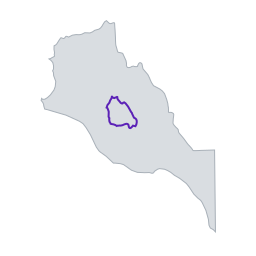 Tadla - Azilal on a map of Morocco (orthographic projection), rotated 267°
{"feature_id": "MAR-1453", "entity_name": "Tadla - Azilal", "entity_type": "Region", "adm_level": 1, "iso_a3": "MAR", "parent_name": "Morocco", "parent_adm1": "", "projection": "orthographic", "projection_center": [-6.449, 32.083], "detail": "fine", "context": "in_parent", "style": "outline", "palette": "violet", "viewbox_px": 256, "rotation_deg": 267, "n_neighbors": 0, "source": "natural_earth", "source_scale": "10m", "svg_char_len": 3317}
<svg xmlns="http://www.w3.org/2000/svg" viewBox="0 0 256 256"><g transform="rotate(267 128 128)"><path d="M22.0,207.9L23.8,205.0L26.7,203.8L32.7,203.5L41.6,201.5L49.6,198.2L51.9,196.8L54.4,194.0L58.5,190.3L66.0,185.9L69.5,183.4L74.9,177.1L78.4,171.8L81.4,168.5L83.4,165.4L84.9,162.4L85.8,157.4L85.3,155.4L83.3,152.1L81.9,151.2L81.5,149.7L82.4,147.0L82.5,142.4L83.2,135.1L85.7,129.2L91.7,121.6L92.8,118.5L93.6,113.4L93.7,111.6L101.0,104.6L105.3,99.2L106.7,97.8L110.5,95.4L123.3,90.1L130.5,86.2L134.7,83.3L137.2,80.0L144.1,66.7L150.7,47.9L151.3,45.8L154.2,45.1L156.3,44.9L158.0,44.2L160.1,42.7L162.1,43.3L161.1,44.2L161.1,46.5L162.6,49.2L165.1,52.2L169.7,56.0L173.2,57.5L178.3,58.3L184.1,56.5L187.4,56.4L189.0,55.7L190.8,56.7L194.1,56.9L197.3,56.3L199.6,54.6L201.1,52.7L201.3,53.6L201.5,54.6L201.9,55.1L203.0,57.5L203.5,58.4L205.3,58.2L207.0,58.6L210.5,58.2L214.0,58.5L214.6,60.0L215.6,61.2L219.3,63.8L221.5,65.5L221.6,66.0L221.0,67.5L220.7,68.5L221.3,69.5L222.7,70.7L222.8,71.3L222.6,72.0L221.9,73.4L223.6,77.3L224.0,81.1L223.7,83.9L223.8,85.4L224.1,86.8L225.4,89.8L224.9,95.0L225.9,97.7L227.3,99.9L228.2,104.0L229.3,105.8L231.1,107.4L232.1,108.0L234.0,109.3L235.4,110.4L236.3,112.1L234.7,113.6L233.4,114.9L233.1,116.3L233.8,118.5L233.9,119.7L233.1,120.1L229.5,120.1L226.8,120.2L223.6,120.2L219.1,120.2L216.3,120.1L212.5,120.1L211.2,120.2L207.8,121.0L205.3,121.5L204.9,121.6L204.1,122.2L203.7,123.9L203.2,125.7L202.8,126.6L195.4,129.5L192.5,129.9L190.8,129.7L189.7,129.9L188.6,130.5L188.3,131.4L188.3,132.5L188.5,133.6L189.3,135.2L189.5,136.7L189.0,137.8L188.9,138.9L188.8,140.1L189.1,140.8L189.9,140.9L190.6,141.4L191.6,141.9L192.5,142.8L192.5,144.1L191.8,144.9L191.2,145.3L188.4,145.7L186.2,146.1L183.3,148.3L180.3,150.6L176.6,152.2L175.0,152.7L172.2,153.8L168.9,155.7L167.2,158.6L165.2,161.9L163.2,164.2L160.4,166.3L157.8,167.1L154.6,168.1L150.4,169.0L147.5,169.2L146.7,169.4L144.1,169.4L142.8,169.3L141.9,169.2L141.5,169.4L141.4,170.0L141.4,171.1L141.2,172.5L140.4,173.7L139.8,174.2L139.1,174.4L137.0,174.1L135.1,173.7L130.8,173.2L130.0,173.3L129.7,173.4L128.3,174.2L126.2,175.9L124.8,177.3L123.8,178.0L121.3,178.3L120.2,178.8L115.5,182.4L114.4,183.2L109.6,186.3L108.2,187.3L107.1,188.3L104.2,190.6L102.3,191.6L102.0,192.2L101.9,193.6L101.8,196.7L101.8,199.7L101.7,204.1L101.6,208.4L101.5,213.3L19.7,209.9L22.0,207.9Z" fill="#d9dde1" stroke="#a8b0b8" stroke-width="1"/><path d="M149.5,107.7L152.0,108.7L154.2,110.7L156.4,111.6L158.6,113.1L160.1,113.5L160.1,113.8L159.4,114.3L158.9,114.9L158.6,116.0L159.0,116.7L159.1,117.4L159.6,118.6L159.5,118.9L158.1,119.0L157.4,119.2L156.7,119.6L154.8,121.1L153.5,122.0L152.9,122.9L152.8,123.8L153.4,124.4L153.8,125.5L152.8,126.8L149.4,129.2L143.9,131.9L142.8,132.7L141.9,132.9L138.0,134.5L137.2,135.8L136.2,136.7L134.7,137.1L133.0,137.0L131.9,136.7L130.8,136.4L130.2,135.9L129.4,135.5L130.1,133.1L129.6,132.7L128.2,131.2L127.8,130.3L128.0,129.5L128.8,129.0L131.4,128.5L132.1,127.6L132.3,126.5L131.8,124.5L131.1,122.7L130.8,120.9L130.9,119.5L130.8,118.5L130.9,117.7L130.6,116.9L131.6,115.6L132.4,113.7L132.9,111.4L133.2,110.8L133.8,110.7L135.3,109.8L135.7,109.9L136.6,109.7L137.7,109.7L138.0,109.8L138.4,109.8L138.8,109.9L139.1,109.6L139.6,109.5L140.2,109.2L145.2,109.6L146.5,109.3L148.7,108.6L149.2,108.3L149.5,107.7Z" fill="none" stroke="#5b21b6" stroke-width="2"/></g></svg>